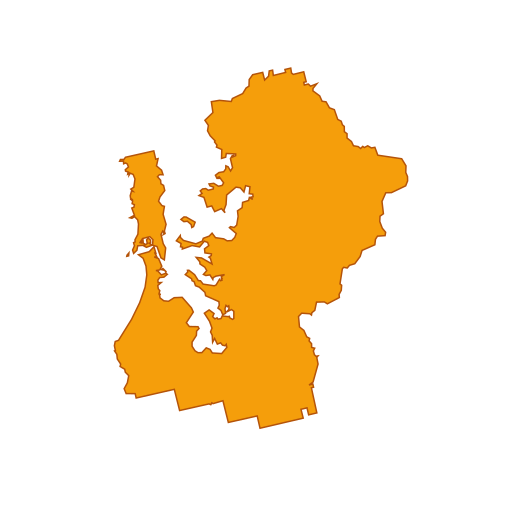 the district of Lake Macquarie, New South Wales, Australia, rotated 157°
{"feature_id": "25037944B40753124190116", "entity_name": "Lake Macquarie", "entity_type": "district", "adm_level": 2, "iso_a3": "AUS", "parent_name": "Australia", "parent_adm1": "New South Wales", "projection": "orthographic", "projection_center": [151.587, -33.038], "detail": "fine", "context": "isolated", "style": "filled", "palette": "amber", "viewbox_px": 512, "rotation_deg": 157, "n_neighbors": 0, "source": "geoboundaries", "source_scale": "gbopen_adm2", "svg_char_len": 6151}
<svg xmlns="http://www.w3.org/2000/svg" viewBox="0 0 512 512"><g transform="rotate(157 256 256)"><path d="M249.6,377.2L248.6,373.3L249.9,371.7L245.9,367.4L249.6,359.3L245.3,358.8L243.3,362.0L234.8,357.9L235.5,356.3L239.3,356.3L237.7,357.4L238.8,357.6L241.5,355.6L243.1,346.4L246.2,344.2L246.8,349.0L248.5,350.8L249.8,348.0L252.8,346.2L257.5,347.3L261.8,346.2L261.6,342.7L259.9,342.0L260.5,343.3L258.9,343.2L257.2,336.0L259.6,334.2L263.3,334.9L266.5,339.4L271.1,340.7L271.0,338.6L268.2,336.0L269.2,334.4L274.2,335.2L275.9,337.7L279.0,338.6L281.9,337.7L281.2,334.7L284.9,333.9L281.0,330.3L281.9,320.1L277.2,319.4L276.7,313.0L269.3,313.1L267.6,307.9L267.7,310.6L263.5,315.0L259.2,323.6L247.5,327.2L243.8,324.9L242.1,319.6L238.1,324.8L234.5,322.1L237.9,316.0L234.8,314.2L235.5,311.7L237.4,312.1L237.0,309.4L239.2,312.5L241.1,310.0L247.4,310.6L249.9,305.9L255.4,304.8L257.0,299.4L261.7,292.0L264.9,290.8L268.0,293.0L269.4,292.5L265.4,284.4L268.3,281.4L272.3,279.7L276.6,281.2L279.0,284.4L286.1,288.7L287.5,294.2L291.3,292.6L297.6,292.9L299.6,290.7L306.6,290.7L316.7,298.7L318.3,302.6L317.7,304.4L323.4,301.1L320.1,296.8L321.9,294.0L320.2,292.8L321.1,291.2L310.8,290.6L304.4,286.4L297.8,289.8L295.2,287.4L295.4,284.0L300.6,282.7L301.8,278.8L296.2,275.4L297.0,273.9L299.8,273.4L298.9,271.8L299.6,265.8L306.9,275.5L311.6,278.1L310.0,272.6L310.7,270.6L307.5,265.7L307.0,261.8L311.6,259.6L309.8,257.6L305.8,256.6L304.9,251.3L303.8,252.9L300.7,253.1L292.2,251.2L296.0,250.6L296.4,248.7L295.3,248.4L296.7,248.6L296.8,247.0L298.3,247.1L298.7,248.8L304.1,244.9L306.1,244.9L315.7,250.8L316.8,254.9L318.7,255.9L319.8,262.8L323.3,269.1L324.7,269.6L325.0,268.0L328.4,266.5L324.2,260.2L324.5,258.2L323.0,256.6L323.3,252.3L320.4,249.5L317.2,242.5L317.9,239.1L308.0,228.5L309.0,225.1L311.4,222.9L309.5,219.5L309.6,214.9L306.4,215.1L305.2,219.5L302.9,222.3L302.0,220.4L300.6,220.8L300.9,219.4L301.9,217.4L305.3,215.9L299.5,216.3L298.0,213.8L300.8,207.2L302.3,206.8L304.3,209.3L304.0,211.6L304.3,210.5L310.5,214.0L312.6,212.1L315.7,212.7L316.0,214.3L318.4,214.2L319.6,217.1L317.1,219.4L320.2,224.7L325.9,223.5L324.3,214.1L324.7,206.8L327.5,203.9L327.3,200.1L329.6,193.6L326.3,196.3L326.0,190.0L322.5,189.9L321.7,187.1L319.5,185.4L317.9,186.3L318.5,183.3L325.7,179.6L334.1,183.8L334.8,188.0L337.7,190.9L343.6,188.2L347.2,189.7L349.2,192.6L350.1,197.9L348.5,201.7L341.9,206.2L340.0,210.1L336.8,211.5L337.0,213.6L344.9,217.1L346.2,221.8L335.6,228.9L335.7,233.5L340.1,246.8L347.6,249.6L354.2,248.5L358.4,250.8L360.7,254.9L359.9,258.2L358.6,257.9L360.1,259.0L358.1,261.7L358.8,263.9L357.9,267.3L353.6,268.6L356.5,269.7L355.8,272.1L353.1,273.8L349.0,272.5L344.8,273.8L345.8,275.4L350.5,275.6L352.3,280.7L353.8,281.7L350.1,280.8L346.7,283.4L346.7,291.7L350.1,294.9L347.6,293.7L348.0,299.1L347.2,296.6L346.3,304.4L352.6,301.7L363.7,303.1L360.8,298.0L361.2,289.7L363.9,281.3L370.3,270.6L381.4,258.4L395.3,246.3L415.5,232.1L419.0,232.3L421.4,228.8L422.4,223.8L423.3,223.9L422.5,219.9L423.9,215.4L422.8,209.4L424.3,207.4L421.1,203.1L421.7,200.1L419.9,195.6L424.0,189.5L429.2,185.4L429.3,180.1L421.0,176.5L421.8,172.1L383.3,165.2L386.7,143.6L357.0,138.2L355.7,136.8L354.0,138.1L353.3,136.9L343.0,135.7L346.5,113.6L317.4,108.3L319.6,95.9L275.9,88.3L274.5,97.3L268.4,96.3L269.6,89.2L261.3,87.8L256.5,113.1L254.3,112.7L253.7,115.9L257.6,116.5L252.7,117.7L241.1,132.3L239.7,138.9L238.0,139.8L240.0,140.3L240.8,142.3L240.3,146.2L238.0,148.2L240.5,150.1L239.1,153.6L240.3,157.1L238.8,159.2L240.9,161.8L241.0,168.8L243.7,173.7L240.5,183.7L236.3,185.5L229.0,181.8L228.0,180.0L226.7,182.0L223.1,183.0L218.3,189.9L211.0,187.0L209.0,184.1L195.5,185.2L194.5,188.2L190.9,191.1L188.6,195.6L189.6,197.5L181.5,210.5L179.7,211.3L176.7,209.3L173.6,210.9L168.1,210.3L160.4,214.8L156.2,219.7L142.2,219.9L139.5,224.7L136.4,226.8L129.2,224.3L127.4,227.2L128.9,232.3L128.6,239.4L126.3,244.2L122.2,245.1L118.7,257.0L111.8,263.5L106.6,261.4L90.8,262.1L87.1,265.9L85.5,269.9L85.5,274.4L82.7,280.4L83.9,288.6L104.5,301.2L104.1,309.6L107.6,310.4L110.1,313.8L113.9,313.5L114.9,315.2L117.7,314.1L119.2,316.8L123.2,319.4L123.4,324.1L126.1,329.0L124.4,333.0L126.1,335.9L124.1,340.8L125.2,343.0L124.9,346.8L127.4,349.8L126.7,360.1L130.5,363.7L131.3,370.6L134.7,372.6L134.8,378.5L139.1,385.8L138.0,388.0L132.7,390.8L139.4,391.0L140.7,393.9L144.7,394.5L144.2,397.2L141.7,396.8L140.1,406.9L150.7,408.6L151.8,410.5L150.6,415.4L156.5,416.4L157.0,413.4L169.5,415.4L168.1,420.6L171.5,421.2L174.2,416.6L179.3,414.6L178.1,422.4L188.2,424.2L193.3,421.1L196.1,415.1L199.5,414.5L204.8,410.7L216.2,410.2L218.4,407.9L228.9,413.6L236.8,415.5L239.6,404.9L250.0,400.9L248.8,394.8L251.7,390.2L251.2,384.6L248.7,378.0L249.6,377.2ZM337.6,397.9L339.8,396.5L343.1,397.8L344.5,396.5L340.9,395.1L341.8,392.6L339.7,392.6L338.5,391.0L338.6,387.8L342.6,386.5L342.9,385.1L340.9,383.3L342.1,381.5L340.4,381.8L341.3,380.0L339.4,381.3L337.2,379.1L337.3,374.2L341.6,367.0L345.1,366.5L343.9,363.5L345.2,364.4L348.2,360.7L348.9,358.2L347.5,355.6L349.5,357.7L348.0,354.9L349.6,352.6L347.9,350.8L349.3,348.6L351.6,348.7L352.0,341.0L357.2,340.5L355.5,339.2L352.4,339.6L350.8,335.5L351.7,331.3L356.2,322.2L361.0,318.3L361.8,316.2L363.5,316.1L363.9,312.9L367.3,309.7L367.6,306.2L363.4,307.8L360.9,311.6L356.0,310.0L353.5,306.8L347.4,306.5L349.4,309.6L347.8,309.5L346.9,311.8L348.2,314.7L350.4,313.6L351.2,310.0L353.6,309.5L354.8,309.6L353.8,310.6L355.1,312.3L357.1,312.9L354.5,312.7L353.7,315.1L358.2,313.3L353.6,316.4L346.2,315.3L344.5,311.3L347.0,306.4L343.4,303.4L344.2,291.5L341.9,288.2L336.0,298.7L336.6,303.6L335.0,313.0L332.1,315.4L331.6,312.9L332.8,312.0L330.9,312.2L330.6,314.7L326.4,320.3L325.2,330.7L320.9,337.5L322.9,339.1L324.3,344.5L321.3,347.9L314.4,351.9L313.5,357.1L315.3,359.7L314.2,363.0L315.7,367.5L313.1,368.6L309.8,367.1L309.4,371.9L312.4,377.8L308.1,383.9L310.5,384.3L309.0,392.7L337.6,397.9ZM310.8,319.0L309.0,315.8L305.6,314.8L303.4,310.3L304.0,307.3L302.0,307.5L298.8,310.9L305.1,319.2L307.1,320.1L310.8,319.0ZM345.1,276.7L345.9,276.3L345.1,276.4L344.9,276.8L346.6,280.9L348.3,280.4L345.8,278.6L345.1,276.7ZM375.1,306.2L373.2,305.9L371.8,308.5L374.4,307.2L375.1,306.2Z" fill="#f59e0b" stroke="#b45309" stroke-width="1.5"/></g></svg>